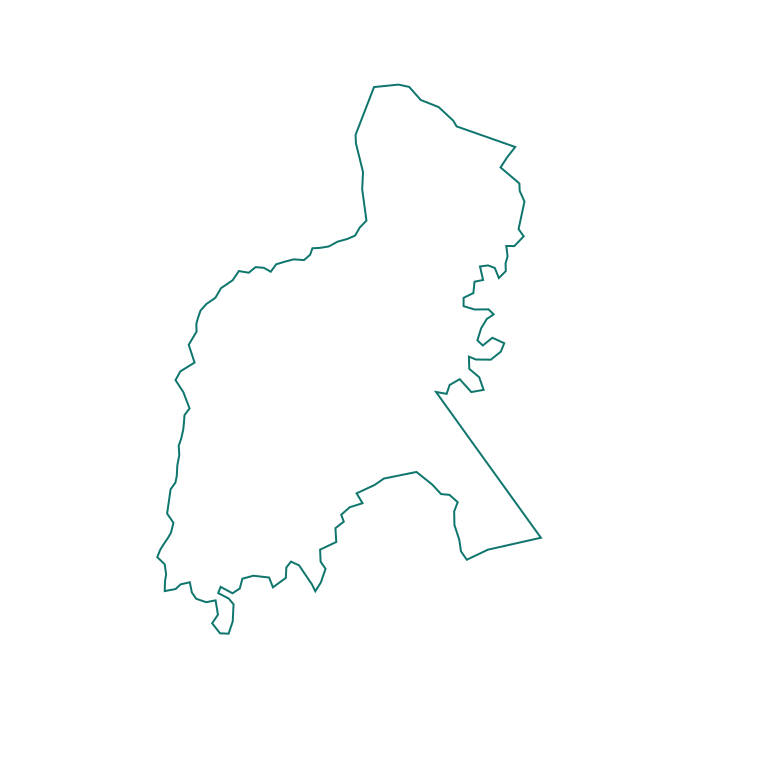 Planalto, Rio Grande do Sul, Brazil, rotated 289°
{"feature_id": "56859067B33524809898700", "entity_name": "Planalto", "entity_type": "district", "adm_level": 2, "iso_a3": "BRA", "parent_name": "Brazil", "parent_adm1": "Rio Grande do Sul", "projection": "mercator", "projection_center": [-53.094, -27.352], "detail": "fine", "context": "isolated", "style": "outline", "palette": "teal", "viewbox_px": 768, "rotation_deg": 289, "n_neighbors": 0, "source": "geoboundaries", "source_scale": "gbopen_adm2", "svg_char_len": 2108}
<svg xmlns="http://www.w3.org/2000/svg" viewBox="0 0 768 768"><g transform="rotate(289 384 384)"><path d="M215.0,216.5L190.9,221.1L184.2,230.1L174.0,231.0L168.0,229.8L161.0,227.9L154.6,226.4L146.5,226.0L142.1,235.4L133.0,240.0L126.0,241.2L116.8,244.1L122.3,253.7L128.4,257.0L133.3,264.9L124.3,270.2L119.8,276.3L119.8,286.9L124.6,295.2L111.8,302.1L101.8,299.4L94.9,310.1L97.3,318.3L110.1,318.3L126.7,313.5L130.6,307.0L132.3,295.3L139.0,295.6L136.8,308.9L143.7,314.2L153.8,313.5L160.2,322.9L163.6,338.4L155.6,345.2L168.7,354.3L178.7,351.4L185.8,353.9L184.9,362.7L171.0,381.2L165.7,386.5L175.7,388.9L190.2,388.9L195.4,381.9L206.6,377.5L219.1,390.3L231.9,385.0L240.7,390.8L246.5,386.1L256.4,391.8L264.3,402.5L271.7,393.7L285.7,408.2L294.5,414.6L311.4,443.3L304.6,462.4L298.5,473.8L300.5,482.0L296.2,492.2L286.5,491.8L273.6,496.5L261.2,505.9L250.8,511.3L244.8,519.5L261.2,536.2L289.7,582.4L356.7,487.6L393.4,435.8L395.1,446.4L404.5,446.4L413.2,454.0L404.8,469.2L410.9,480.1L421.4,471.8L426.1,459.7L437.5,455.4L437.1,463.0L441.8,477.1L452.6,483.9L461.7,484.4L463.0,471.4L452.6,464.9L455.7,458.1L468.2,457.7L478.9,460.0L485.6,465.0L488.6,458.5L483.9,445.3L483.5,433.9L491.4,431.2L499.1,438.9L510.2,436.3L514.6,443.8L526.4,436.5L530.0,443.8L529.8,451.0L521.6,458.1L530.4,462.4L537.8,459.6L544.9,459.3L554.3,454.7L556.9,462.4L569.1,468.0L574.3,460.8L602.3,457.4L610.8,449.4L617.7,446.7L626.7,423.7L638.7,426.7L650.8,430.9L651.2,368.8L655.5,363.8L663.6,345.6L664.5,326.3L673.1,311.1L671.8,300.2L661.5,277.9L610.4,276.0L602.4,279.1L577.5,295.2L561.2,299.9L532.8,314.2L524.0,310.1L515.0,308.4L509.2,302.1L503.4,293.7L496.0,286.9L492.0,279.4L489.0,272.1L482.2,272.1L475.1,268.0L472.5,258.1L467.8,251.0L462.1,243.1L453.3,240.4L454.7,232.5L452.7,224.5L445.2,219.9L443.5,210.0L432.8,207.1L421.6,198.7L410.6,196.5L401.8,190.0L393.7,186.6L386.0,186.6L379.7,187.0L372.6,189.7L357.5,186.6L342.6,197.9L329.6,187.3L319.8,185.6L311.0,196.9L297.6,208.1L289.7,205.5L282.4,207.4L275.7,209.0L266.7,210.0L258.8,210.0L250.0,213.6L239.7,215.1L229.6,218.0L222.9,218.9L215.0,216.5Z" fill="none" stroke="#0f766e" stroke-width="2"/></g></svg>